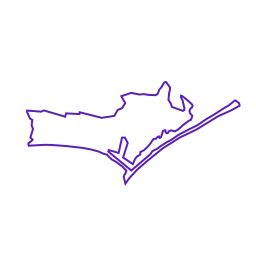 the district of Carteret, North Carolina, United States of America, rotated 15°
{"feature_id": "52423323B7621511423784", "entity_name": "Carteret", "entity_type": "district", "adm_level": 2, "iso_a3": "USA", "parent_name": "United States of America", "parent_adm1": "North Carolina", "projection": "natural_earth1", "projection_center": [-76.554, 34.833], "detail": "fine", "context": "isolated", "style": "outline", "palette": "violet", "viewbox_px": 256, "rotation_deg": 15, "n_neighbors": 0, "source": "geoboundaries", "source_scale": "gbopen_adm2", "svg_char_len": 1966}
<svg xmlns="http://www.w3.org/2000/svg" viewBox="0 0 256 256"><g transform="rotate(15 128 128)"><path d="M26.3,138.6L31.0,144.3L33.5,145.0L34.2,150.2L36.5,153.6L36.2,162.5L36.7,162.9L37.2,163.2L38.7,163.7L38.8,163.9L38.9,164.0L38.6,164.7L38.5,165.0L37.4,166.7L36.1,168.0L35.8,168.3L35.8,168.5L35.9,169.2L36.7,170.8L50.6,166.2L57.9,164.3L73.1,161.4L89.1,159.0L97.7,158.3L105.5,158.3L111.5,159.3L114.6,159.1L117.1,160.8L120.6,162.6L125.0,163.7L132.1,166.5L137.5,169.7L137.3,173.0L136.7,173.6L136.5,176.3L139.9,182.4L142.1,176.4L147.5,166.1L155.4,154.4L166.8,138.7L180.6,123.7L194.5,111.8L211.8,93.5L223.4,84.0L230.0,77.6L229.5,76.3L228.6,75.2L224.8,73.6L223.9,73.9L219.7,79.9L216.4,83.1L207.7,92.7L201.4,99.1L194.4,107.3L187.2,113.6L178.4,121.7L175.0,125.8L171.2,129.9L169.3,131.5L167.4,133.6L164.0,137.2L162.1,140.0L158.6,143.1L157.3,144.6L156.6,147.2L142.2,168.2L115.1,155.9L115.1,154.3L125.4,154.5L124.7,138.8L127.5,138.1L131.6,142.5L130.9,157.8L142.0,161.6L142.9,156.0L144.1,153.1L146.4,151.0L146.7,150.4L146.1,148.1L149.1,145.4L151.4,141.8L153.1,138.6L155.5,132.0L157.8,131.1L159.2,128.6L160.1,128.1L161.1,129.4L161.7,129.1L162.3,128.1L162.4,126.1L162.6,121.6L164.7,120.5L165.7,122.5L166.9,123.0L167.7,122.6L168.1,121.4L168.6,120.3L170.2,119.1L173.9,119.2L176.4,117.0L178.9,113.5L180.4,110.8L185.3,104.8L186.5,104.1L187.0,101.0L186.9,99.5L184.1,97.7L183.1,96.1L183.1,93.7L183.6,92.6L184.1,92.0L184.5,91.4L184.6,89.5L183.6,88.6L179.1,86.2L173.0,83.4L170.9,83.0L170.9,83.8L171.5,85.0L173.4,87.0L177.1,93.7L177.7,96.1L176.7,97.2L165.2,96.3L164.7,96.0L163.3,93.6L159.8,90.4L158.7,83.9L158.6,79.8L158.0,77.9L153.0,73.8L152.0,74.0L151.0,75.2L150.0,79.2L148.2,83.2L148.0,86.9L147.2,88.2L145.9,89.2L139.3,90.7L134.4,91.2L130.5,92.7L122.1,93.2L113.3,99.0L118.9,104.7L117.1,110.4L113.4,113.2L111.6,119.9L99.9,125.0L77.3,125.3L77.5,127.1L64.4,129.9L64.4,133.3L45.8,132.9L42.1,132.8L39.9,134.7L26.0,137.3L26.3,138.6Z" fill="none" stroke="#5b21b6" stroke-width="2"/></g></svg>